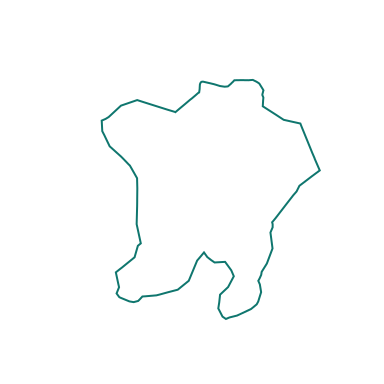 Dhamar City, Dhamar, Yemen (Robinson projection), rotated 212°
{"feature_id": "15242507B10067021496798", "entity_name": "Dhamar City", "entity_type": "district", "adm_level": 2, "iso_a3": "YEM", "parent_name": "Yemen", "parent_adm1": "Dhamar", "projection": "robinson", "projection_center": [44.393, 14.606], "detail": "fine", "context": "isolated", "style": "outline", "palette": "teal", "viewbox_px": 384, "rotation_deg": 212, "n_neighbors": 0, "source": "geoboundaries", "source_scale": "gbopen_adm2", "svg_char_len": 2036}
<svg xmlns="http://www.w3.org/2000/svg" viewBox="0 0 384 384"><g transform="rotate(212 192 192)"><path d="M186.5,66.3L183.1,67.7L179.9,71.1L179.2,74.3L178.7,77.1L176.2,78.9L167.4,85.5L165.2,87.8L159.3,94.2L152.3,101.6L147.7,115.0L151.3,136.6L150.5,142.0L149.8,147.1L144.5,144.9L139.6,144.4L135.5,144.2L126.9,150.3L117.2,146.4L111.9,142.7L111.0,130.5L113.8,119.8L110.4,112.8L108.0,107.2L100.1,102.5L96.0,102.3L93.7,105.5L88.3,111.1L79.9,124.1L77.6,131.0L77.8,134.2L80.3,143.7L85.5,149.6L88.7,151.8L88.9,154.7L89.4,158.4L90.6,161.2L90.6,161.3L90.6,169.8L90.6,171.0L93.8,186.8L104.0,199.2L104.9,204.8L106.6,207.5L108.0,208.8L107.3,213.9L105.6,231.1L104.4,242.9L103.6,247.9L104.1,253.2L104.2,254.2L103.6,255.8L98.5,269.3L95.1,278.0L105.7,285.3L105.8,285.5L110.6,288.8L121.8,296.9L134.0,305.7L136.4,307.5L143.7,304.9L152.5,301.8L161.4,302.0L177.4,302.2L179.7,306.4L180.3,307.5L181.3,309.5L181.6,310.0L182.6,310.7L183.8,311.6L184.1,312.3L184.2,312.5L184.3,312.9L184.6,313.9L185.0,315.0L185.3,316.1L186.1,316.5L186.4,316.7L191.1,319.0L192.1,319.5L192.4,319.6L193.4,319.7L195.8,319.7L197.7,319.5L199.8,319.3L203.5,316.6L209.0,313.3L215.3,309.2L215.7,307.0L216.1,305.6L216.2,305.1L216.3,304.5L217.4,300.9L217.6,300.5L220.1,298.6L224.4,296.7L228.6,295.6L230.4,295.1L234.3,293.8L241.2,291.4L242.4,290.4L242.6,289.3L242.6,288.9L242.5,288.2L242.3,287.4L240.8,284.6L240.1,283.4L238.9,280.7L238.7,280.2L239.0,279.9L239.4,278.7L240.3,275.7L241.7,271.3L242.5,269.2L243.7,265.4L244.5,262.9L244.6,262.6L246.7,256.2L248.4,250.9L248.8,250.9L256.5,248.8L280.9,242.5L287.2,240.9L298.0,227.6L300.6,218.0L302.4,211.4L304.0,208.2L306.4,204.7L300.3,196.0L296.4,193.7L294.7,192.6L286.0,187.1L270.6,184.4L269.9,184.2L269.3,184.1L259.8,181.7L259.6,181.7L258.7,181.5L254.4,179.2L245.9,174.6L240.3,166.1L234.2,156.1L233.2,154.5L230.9,150.7L221.9,135.4L208.2,121.3L209.4,117.7L206.1,106.2L211.5,90.4L212.2,88.6L214.0,83.5L205.7,74.9L203.4,72.6L202.2,66.0L200.2,65.2L197.9,64.3L196.3,64.5L187.4,66.0L186.5,66.3Z" fill="none" stroke="#0f766e" stroke-width="2"/></g></svg>